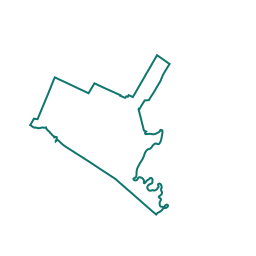 Racovita, Braila, Romania (Natural Earth projection), rotated 320°
{"feature_id": "2599482B6891697866435", "entity_name": "Racovita", "entity_type": "district", "adm_level": 2, "iso_a3": "ROU", "parent_name": "Romania", "parent_adm1": "Braila", "projection": "natural_earth1", "projection_center": [27.452, 45.315], "detail": "fine", "context": "isolated", "style": "outline", "palette": "teal", "viewbox_px": 256, "rotation_deg": 320, "n_neighbors": 0, "source": "geoboundaries", "source_scale": "gbopen_adm2", "svg_char_len": 5439}
<svg xmlns="http://www.w3.org/2000/svg" viewBox="0 0 256 256"><g transform="rotate(320 128 128)"><path d="M110.1,185.6L110.5,185.7L110.8,185.7L111.7,185.4L112.2,184.8L112.5,184.4L112.7,184.1L113.0,183.9L113.6,183.5L113.9,182.5L113.8,181.7L113.5,181.1L113.0,180.6L112.2,180.5L111.5,180.8L110.6,180.7L109.8,180.5L109.1,180.4L108.3,180.5L107.6,180.7L106.3,180.9L105.6,181.0L105.1,180.9L104.9,180.5L105.0,180.1L105.3,179.7L105.8,179.5L106.2,179.1L106.4,178.7L106.6,178.0L106.7,177.3L106.8,176.5L106.7,175.8L106.5,175.2L106.3,174.6L105.8,173.8L105.3,173.2L104.8,172.9L104.4,172.8L103.9,172.8L103.3,172.9L102.9,173.2L102.4,173.3L101.6,173.5L101.0,173.4L100.5,173.3L100.0,173.0L99.5,172.4L99.3,172.0L99.2,171.5L99.2,171.0L99.5,170.5L99.7,170.3L100.9,170.5L101.6,170.7L102.2,170.6L102.7,170.6L103.2,170.4L104.3,169.4L105.9,167.7L106.5,166.9L107.6,166.1L108.5,165.3L110.0,164.5L111.6,163.8L112.8,163.3L116.0,162.2L119.3,161.1L122.2,159.7L123.6,158.8L125.1,157.9L126.1,157.6L126.8,157.3L127.6,157.2L128.5,157.1L129.3,157.1L130.0,157.3L130.5,157.5L131.1,157.8L131.6,158.0L132.2,158.1L132.8,158.0L133.7,157.9L134.4,157.7L135.2,157.5L135.9,157.3L136.6,157.3L137.6,157.2L138.6,157.4L139.4,157.8L139.9,158.5L140.1,159.1L140.3,159.4L140.5,159.7L140.8,159.9L141.4,160.1L142.1,160.1L142.8,159.8L144.2,159.3L145.2,158.7L146.9,157.5L149.0,155.8L150.6,154.4L151.0,154.1L151.4,153.7L151.7,153.4L152.0,153.0L152.2,152.7L152.3,152.5L152.5,152.3L152.7,151.9L152.1,151.6L152.1,151.0L152.0,150.6L151.8,150.4L151.4,150.4L151.0,150.5L150.4,150.9L149.7,151.0L148.7,150.9L148.3,150.8L147.8,150.8L147.2,150.6L146.6,150.5L146.1,150.4L145.6,150.3L145.1,150.1L144.8,150.0L144.4,149.8L144.0,149.5L143.7,149.3L143.3,149.0L142.9,148.6L142.5,148.2L142.2,147.8L141.8,147.3L141.5,146.9L141.2,146.6L140.7,146.3L140.4,146.0L139.8,145.6L139.4,145.3L139.1,145.1L138.5,144.8L138.2,144.5L137.8,144.2L137.7,143.9L137.5,143.7L137.5,143.4L137.6,143.2L137.8,142.9L138.0,142.7L138.5,142.5L139.1,142.5L139.6,142.4L138.6,140.1L138.7,139.9L140.5,136.2L144.1,128.8L144.5,128.0L146.0,124.8L148.2,120.4L148.8,120.2L149.1,120.8L151.8,119.8L158.5,117.6L161.8,120.0L162.0,120.0L165.9,118.7L166.2,118.6L171.9,116.9L172.0,116.8L177.6,114.8L183.3,112.8L183.4,112.7L188.7,109.9L188.8,109.8L194.5,107.8L197.8,106.7L199.7,106.1L200.2,105.9L200.3,105.9L201.0,105.7L200.6,104.3L198.0,94.4L197.1,91.3L197.0,90.9L194.1,92.0L188.2,94.1L183.7,95.8L182.6,96.2L176.8,98.2L171.0,100.4L168.2,101.4L165.4,102.4L159.7,104.5L153.6,106.7L151.5,107.4L150.4,104.7L150.2,104.5L149.6,103.2L147.9,103.9L147.1,102.7L145.9,103.0L145.6,102.9L145.1,103.0L142.8,98.3L143.3,98.1L139.7,90.6L135.3,81.5L131.0,72.2L130.4,72.4L128.5,73.1L125.9,74.0L120.1,76.0L118.3,72.1L113.7,62.1L112.2,58.8L109.8,53.6L108.2,50.2L106.8,47.2L104.5,42.2L102.8,43.0L102.7,43.1L102.0,43.4L99.7,44.6L98.2,45.4L97.0,46.0L96.8,46.2L95.8,46.7L92.7,48.4L92.2,48.6L88.7,50.5L83.7,53.1L66.9,61.8L64.4,63.1L61.8,60.3L60.9,60.8L55.0,62.9L55.3,63.4L55.4,64.2L55.6,65.5L56.0,66.3L56.3,67.4L57.0,67.9L57.6,68.3L58.8,70.2L59.3,70.6L59.9,71.0L61.8,72.1L62.8,72.5L63.3,73.2L64.2,74.2L65.5,74.8L65.1,75.7L65.0,77.3L65.0,78.1L65.3,79.9L65.4,80.2L65.4,81.0L65.2,81.8L65.4,82.3L65.5,83.4L65.4,84.8L66.0,87.3L65.9,87.5L65.6,87.6L65.4,87.8L65.5,87.9L66.2,87.9L66.8,88.2L67.5,89.1L67.4,89.4L67.0,90.0L66.6,90.3L66.2,90.6L65.5,90.9L65.0,91.2L64.2,91.5L64.0,91.8L64.4,91.8L64.8,91.7L65.4,91.5L65.8,91.4L66.2,91.3L66.3,91.5L66.4,91.9L66.5,92.2L66.5,92.3L66.7,93.5L67.2,97.3L67.2,97.9L67.3,98.5L67.6,99.9L68.2,102.2L68.3,102.6L69.9,107.5L71.4,112.3L77.3,131.1L77.7,132.6L80.9,143.4L83.2,150.9L84.6,155.7L84.7,155.8L85.6,158.9L85.9,160.8L86.4,164.3L87.8,173.3L88.1,175.3L88.2,175.6L89.1,181.1L89.4,183.4L90.4,189.9L93.3,208.8L93.5,209.5L94.0,212.4L95.9,212.1L98.4,212.6L98.5,212.6L98.8,212.6L99.0,212.6L99.2,212.8L100.2,212.8L101.2,212.8L101.4,212.8L101.5,212.7L102.3,212.3L102.8,212.3L103.3,212.3L103.6,212.4L104.0,212.5L104.6,212.9L105.0,213.2L105.8,213.6L106.6,213.8L107.3,213.8L108.1,213.7L108.6,213.4L108.9,212.8L108.8,212.0L108.3,211.5L107.8,211.3L107.2,211.2L106.6,211.2L105.9,211.5L105.2,211.6L104.7,211.5L104.1,211.2L103.5,210.3L103.2,209.9L102.7,209.4L102.6,209.1L102.5,208.7L102.5,208.3L102.6,208.0L102.8,207.5L103.0,207.1L103.3,206.7L103.8,206.1L104.1,205.8L104.2,205.6L104.5,205.4L104.7,205.2L105.0,205.1L105.6,204.8L106.0,204.7L106.5,204.4L106.8,204.3L107.1,204.1L107.4,203.8L107.4,203.6L107.6,203.3L107.6,203.1L107.6,202.9L107.5,202.6L107.4,202.2L107.4,201.9L107.2,201.5L107.1,201.3L107.1,201.0L107.1,200.8L107.2,200.6L107.5,200.5L107.9,200.4L108.1,200.3L108.5,200.3L109.1,200.4L109.5,200.4L109.8,200.4L110.2,200.4L110.5,200.4L111.0,200.4L111.5,200.2L112.0,199.9L112.2,199.7L112.6,199.3L112.8,198.9L113.0,198.4L113.1,197.7L113.2,197.4L113.3,197.0L113.6,196.7L114.0,196.1L114.4,195.8L114.7,195.6L115.2,195.6L115.5,195.4L115.9,194.8L116.2,194.3L116.4,193.9L116.7,193.0L116.8,192.8L116.8,192.5L116.9,192.1L116.8,191.7L116.6,191.2L116.3,190.7L115.8,190.5L115.3,190.4L114.8,190.5L114.4,191.0L114.2,191.5L114.1,191.9L113.9,192.5L113.4,192.8L112.6,193.0L112.0,193.1L111.2,193.4L110.3,193.5L109.8,193.4L109.1,193.2L108.4,193.0L107.7,192.6L107.5,192.4L107.4,192.1L107.2,191.8L106.9,191.6L106.8,191.4L106.3,191.1L105.8,191.0L105.0,190.5L104.5,190.2L104.2,189.8L104.0,189.1L103.9,188.0L103.9,187.6L104.1,186.7L104.4,186.1L104.8,185.7L105.3,185.3L106.0,185.1L106.8,184.9L107.9,184.9L108.9,185.2L109.5,185.4L110.1,185.6Z" fill="none" stroke="#0f766e" stroke-width="2"/></g></svg>